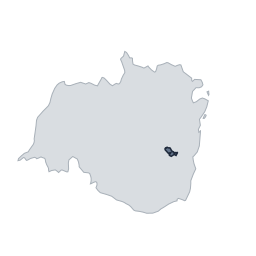 location of Rukh Kiri, Batdâmbâng, Cambodia, rotated 208°
{"feature_id": "14789045B86646715992197", "entity_name": "Rukh Kiri", "entity_type": "district", "adm_level": 2, "iso_a3": "KHM", "parent_name": "Cambodia", "parent_adm1": "Batdâmbâng", "projection": "natural_earth1", "projection_center": [103.457, 12.595], "detail": "medium", "context": "in_parent", "style": "filled", "palette": "slate", "viewbox_px": 256, "rotation_deg": 208, "n_neighbors": 0, "source": "geoboundaries", "source_scale": "gbopen_adm2", "svg_char_len": 3730}
<svg xmlns="http://www.w3.org/2000/svg" viewBox="0 0 256 256"><g transform="rotate(208 128 128)"><path d="M209.8,47.5L210.3,49.6L209.0,53.5L207.6,57.0L204.9,60.1L204.8,62.4L203.9,69.2L204.2,71.4L204.9,73.2L205.7,74.2L208.1,80.9L210.3,86.9L212.4,91.9L212.8,95.0L210.9,103.0L208.7,110.3L208.9,114.0L209.9,117.6L210.9,122.5L211.3,128.7L210.8,132.8L209.8,135.3L207.8,137.9L206.1,139.2L204.1,137.0L202.5,136.9L200.3,137.6L198.6,138.6L195.1,142.4L191.3,146.1L186.0,147.0L183.9,149.7L181.7,150.1L177.5,150.2L174.7,150.9L174.8,152.3L174.6,158.8L174.7,160.3L174.3,160.7L172.4,160.9L169.1,159.9L164.7,158.3L161.6,158.0L160.0,160.9L159.1,162.0L157.9,162.1L156.7,162.6L156.3,163.9L156.2,165.5L156.8,168.2L157.0,172.5L156.8,175.4L158.0,177.3L164.7,183.5L166.7,185.0L166.9,186.0L165.7,189.4L166.8,194.1L164.7,194.0L161.2,192.0L159.5,190.7L157.5,191.7L156.8,191.6L155.4,189.2L153.6,186.8L151.8,186.7L147.9,187.6L143.9,188.3L142.4,188.3L141.8,188.7L139.5,192.2L138.5,191.6L134.5,190.3L130.8,189.8L130.1,190.7L130.5,193.6L131.3,196.4L130.8,197.6L128.8,199.1L126.2,201.8L124.6,203.9L123.4,204.4L119.4,204.3L115.3,204.6L113.7,206.6L112.2,208.1L110.9,208.5L105.6,203.6L95.2,201.9L94.0,199.8L93.0,199.4L92.0,202.2L86.3,204.8L83.9,203.2L82.1,201.3L82.4,198.9L84.1,196.9L86.9,195.5L88.2,190.6L86.1,184.2L84.1,182.4L82.1,180.9L80.0,183.3L78.2,187.3L76.4,189.4L73.8,189.8L69.9,189.7L68.4,183.7L67.9,178.5L68.5,172.7L69.0,169.2L65.4,164.4L65.2,159.8L63.4,157.4L62.8,158.6L62.9,160.0L62.4,159.0L56.6,145.6L55.6,139.4L56.6,134.6L57.2,133.0L55.5,130.5L53.1,127.6L49.0,123.8L48.7,117.9L47.8,110.9L46.5,108.5L44.6,104.2L43.6,100.6L43.2,91.2L43.8,90.4L46.7,90.2L50.5,89.5L51.1,88.0L50.5,86.7L52.9,84.6L56.4,79.9L59.1,75.0L61.0,71.9L62.2,68.8L66.1,64.5L71.5,61.5L75.1,60.8L78.9,59.7L82.6,58.3L84.3,58.2L88.8,59.9L91.3,60.4L93.9,60.3L96.5,60.5L98.8,60.3L104.4,59.1L110.3,60.1L115.5,59.3L122.1,57.9L125.3,58.8L128.2,60.2L128.6,63.1L129.3,64.4L130.2,65.4L131.5,65.4L133.2,63.4L134.6,61.3L135.0,61.0L135.1,62.0L135.8,64.2L137.0,66.4L138.3,67.9L140.4,69.8L141.7,69.9L146.2,68.1L152.9,70.8L153.6,72.1L155.8,74.8L158.2,76.8L163.4,76.9L165.2,72.1L164.3,69.2L161.3,64.1L160.5,61.1L161.4,60.5L166.5,60.0L167.3,59.4L168.4,56.1L169.7,56.5L172.5,56.9L175.5,54.6L177.2,52.3L178.2,53.3L179.2,55.0L180.4,56.0L182.5,57.4L184.8,59.4L186.3,61.4L187.4,62.1L190.4,61.6L191.2,61.7L193.0,59.3L194.2,58.0L195.2,58.4L196.7,58.3L199.8,55.3L201.6,52.5L202.5,51.7L205.3,53.1L206.5,52.8L208.1,49.0L209.8,47.5ZM66.5,175.8L65.9,176.1L65.3,176.1L64.8,175.6L64.9,173.4L65.3,172.1L66.2,171.8L66.5,175.8ZM75.2,197.0L74.1,198.4L72.2,195.5L72.2,194.6L75.2,197.0Z" fill="#d9dde1" stroke="#a8b0b8" stroke-width="1"/><path d="M74.8,126.3L72.7,126.3L72.7,129.3L72.8,129.4L73.0,129.5L73.1,129.4L73.2,129.2L73.5,129.0L73.7,128.9L73.8,128.6L74.1,128.6L74.2,128.4L74.4,128.3L74.7,128.5L74.8,128.4L74.7,128.1L74.8,128.0L74.9,127.9L74.9,128.0L75.0,127.9L75.1,128.0L75.2,127.9L75.2,128.0L75.3,128.0L75.3,127.9L75.4,128.0L75.6,128.0L75.6,127.9L75.4,127.7L75.5,127.7L76.6,128.0L76.7,128.3L76.8,128.3L77.0,128.3L77.1,128.2L77.3,128.1L77.5,128.0L78.0,128.1L78.2,128.3L79.2,128.7L79.3,128.7L79.4,128.8L79.8,128.9L80.0,129.2L80.5,129.5L80.8,129.7L80.9,129.8L81.0,129.8L81.3,130.0L81.5,130.1L81.8,130.1L82.3,129.7L82.5,129.7L83.1,129.4L83.9,129.3L84.4,129.4L84.6,129.2L84.8,128.9L84.7,128.9L84.8,128.8L84.7,128.8L84.7,128.7L84.8,128.7L85.0,128.4L85.0,128.2L85.0,127.9L85.3,127.8L85.4,127.7L85.5,127.4L85.6,127.1L85.5,126.9L85.4,126.8L85.3,126.7L85.4,126.4L85.5,126.4L80.5,124.6L80.2,124.9L80.1,125.1L79.8,125.3L79.6,125.4L79.4,125.4L79.3,125.5L79.2,125.8L79.2,126.0L78.7,126.4L78.7,125.1L79.1,123.8L78.8,123.5L78.5,123.3L76.5,123.3L74.8,126.3L74.8,126.3Z" fill="#64748b" stroke="#1e293b" stroke-width="1.5"/></g></svg>